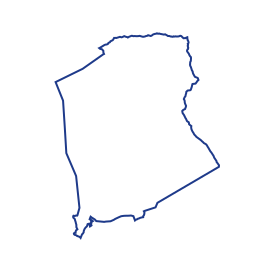 San Antonio Huitepec, Oaxaca, Mexico (Robinson projection), rotated 341°
{"feature_id": "50627088B88102129443376", "entity_name": "San Antonio Huitepec", "entity_type": "district", "adm_level": 2, "iso_a3": "MEX", "parent_name": "Mexico", "parent_adm1": "Oaxaca", "projection": "robinson", "projection_center": [-97.134, 16.922], "detail": "fine", "context": "isolated", "style": "outline", "palette": "blue", "viewbox_px": 256, "rotation_deg": 341, "n_neighbors": 0, "source": "geoboundaries", "source_scale": "gbopen_adm2", "svg_char_len": 4612}
<svg xmlns="http://www.w3.org/2000/svg" viewBox="0 0 256 256"><g transform="rotate(341 128 128)"><path d="M61.5,131.7L63.3,156.5L56.1,187.7L51.8,194.0L51.3,194.3L50.8,194.0L50.3,193.8L49.6,193.9L48.9,193.8L48.3,193.4L47.9,193.2L47.5,193.5L47.3,193.9L47.2,194.4L47.2,194.6L47.1,194.9L47.9,196.4L48.0,197.2L47.9,198.0L47.9,198.6L47.9,199.6L47.8,200.6L47.7,201.3L47.7,202.5L47.4,203.4L47.3,203.9L47.0,204.6L46.9,205.1L47.0,205.8L47.1,206.6L47.2,207.3L46.4,207.6L45.7,207.8L45.3,208.2L45.0,208.6L44.7,208.9L44.6,209.4L44.4,209.7L44.3,210.0L43.7,209.8L43.2,209.9L42.8,209.9L42.5,210.1L42.4,210.6L42.4,210.9L42.6,211.3L42.9,211.7L43.2,211.9L43.6,212.2L43.9,212.4L44.2,212.7L44.5,213.1L44.6,213.4L44.9,213.7L45.1,213.7L45.3,213.9L45.8,214.4L46.1,214.6L46.6,215.0L46.9,215.5L47.1,215.8L47.3,216.2L47.4,216.5L50.0,213.5L50.4,213.4L50.8,213.2L51.1,213.0L51.6,212.6L52.1,212.2L52.4,211.5L52.7,210.9L53.3,210.2L53.9,209.5L54.5,209.0L55.1,208.6L55.7,208.2L56.5,207.9L57.1,207.6L58.0,206.5L58.3,206.0L59.1,205.1L58.4,206.1L59.9,205.8L60.1,206.8L60.0,208.7L61.6,208.3L61.8,208.2L61.6,206.1L62.4,205.9L62.4,205.1L64.4,204.6L63.8,203.6L62.9,203.9L62.8,203.5L62.8,203.4L62.5,202.4L62.7,202.2L62.1,201.7L63.8,199.7L64.9,201.4L65.5,202.0L66.9,203.8L67.7,205.7L74.9,209.0L76.7,209.3L81.1,210.5L84.7,210.2L86.3,209.8L90.1,209.4L92.6,209.2L93.5,209.3L95.9,209.8L100.6,211.3L102.3,211.7L104.4,213.1L104.5,217.7L105.3,217.4L106.1,217.2L106.8,217.3L107.8,217.0L108.8,217.1L110.3,216.9L111.5,217.0L112.5,217.1L113.1,217.3L113.3,217.3L113.5,216.6L113.8,216.3L114.0,216.0L114.3,215.9L114.5,215.7L114.8,215.5L114.9,215.3L115.1,215.0L115.4,214.7L115.5,214.5L115.6,214.1L115.8,213.8L115.9,213.5L116.0,213.3L116.1,213.0L116.0,212.5L115.9,211.9L116.8,211.8L128.2,212.0L131.5,208.3L201.3,194.3L201.9,192.9L201.3,190.7L201.1,190.1L200.7,189.0L200.9,188.1L200.5,186.5L200.2,185.3L199.9,184.3L199.8,182.7L199.8,181.8L199.5,181.1L199.2,179.7L198.8,178.2L198.3,176.9L198.0,175.4L197.5,172.7L197.2,171.6L197.0,170.3L196.7,169.3L196.2,168.4L195.5,167.7L194.8,166.9L194.3,165.7L193.5,164.4L193.2,163.6L192.8,163.0L190.1,159.1L189.6,158.3L189.3,157.2L188.8,156.4L188.4,155.1L188.3,154.0L188.1,153.4L187.8,152.0L187.7,151.0L187.6,150.0L187.7,149.2L187.8,148.5L187.9,148.1L188.1,147.6L188.2,147.3L188.5,146.8L188.0,146.0L187.2,144.8L187.0,144.1L187.2,143.5L187.3,143.3L187.2,142.4L187.2,142.1L186.4,141.3L186.0,140.5L186.0,140.0L185.9,139.4L185.9,138.9L185.8,138.0L185.6,137.5L185.5,136.9L185.5,136.3L185.3,135.5L185.3,134.7L185.1,133.7L184.7,132.4L184.6,132.0L184.5,131.7L184.8,129.6L186.1,128.9L188.2,128.6L188.5,128.1L189.2,127.4L189.6,126.8L190.1,126.0L189.9,123.3L190.0,122.3L190.4,120.8L190.4,119.7L190.2,119.1L190.2,118.8L191.6,117.3L192.6,116.7L193.6,115.0L194.2,114.3L194.4,113.8L194.7,113.3L195.0,112.7L196.6,112.0L198.9,112.5L199.4,112.5L199.9,112.2L201.2,110.5L201.6,110.0L203.1,107.6L203.3,107.4L206.3,108.0L207.8,107.0L208.8,106.2L210.2,105.6L210.3,105.1L210.2,104.4L210.3,103.8L210.1,103.3L208.0,101.4L207.9,101.3L207.3,97.9L207.3,96.7L207.5,95.9L207.4,94.8L207.2,94.4L207.3,90.9L207.1,89.4L207.2,88.4L207.6,87.8L207.8,87.0L207.9,86.8L208.4,85.8L209.2,85.1L210.2,82.8L210.5,81.7L210.5,81.2L210.1,80.5L209.8,79.3L209.7,77.6L208.9,75.0L208.9,74.3L209.5,73.4L209.8,73.1L210.0,73.1L210.4,72.9L210.9,72.1L211.1,71.7L211.0,71.1L211.1,70.7L211.1,70.4L211.4,70.0L211.3,69.6L211.6,69.0L211.9,68.8L212.0,68.4L212.0,67.8L212.4,67.7L212.8,67.3L213.0,67.1L213.2,66.5L213.2,66.0L213.2,65.3L213.0,64.1L213.2,63.6L213.1,62.9L213.4,62.4L213.6,61.5L212.8,61.5L211.3,61.7L211.0,61.5L209.7,61.2L209.0,59.8L208.7,59.3L208.4,58.5L207.8,58.1L207.4,57.8L205.8,57.9L203.9,57.4L202.8,56.8L202.0,56.8L201.0,56.2L200.1,56.4L199.1,55.7L198.6,55.7L196.9,54.4L195.7,54.0L195.2,53.3L193.6,51.5L192.6,51.4L192.4,51.4L188.8,49.3L188.2,48.8L187.1,48.7L186.2,47.9L185.9,48.0L185.0,48.0L184.4,47.8L182.4,47.7L181.4,48.0L181.0,48.2L180.1,48.4L179.4,48.4L177.4,46.9L177.1,46.8L176.7,47.1L175.4,47.0L174.6,46.9L174.0,47.0L172.4,46.8L171.4,46.4L170.8,45.9L170.4,45.7L169.1,44.7L168.4,44.6L167.8,44.5L166.3,44.1L163.9,43.1L163.2,43.0L162.8,42.8L161.8,42.1L161.4,42.0L161.0,42.0L158.6,42.1L157.3,42.4L156.9,41.8L156.0,41.3L154.3,39.9L153.4,40.1L152.5,40.1L152.2,40.2L151.3,40.1L150.1,39.2L146.3,39.1L145.5,38.7L144.6,38.5L144.2,38.3L143.7,38.7L142.9,39.5L142.1,40.0L139.7,40.3L138.8,41.0L138.7,41.0L137.2,41.2L136.3,42.0L135.1,42.1L133.7,41.8L132.6,41.9L127.7,43.0L126.8,43.1L127.4,44.1L129.0,45.1L129.8,46.9L129.3,48.7L129.4,50.2L128.5,50.3L104.3,57.3L102.5,57.5L76.9,60.7L74.5,61.0L75.5,81.0L68.3,107.3L61.5,131.7L61.5,131.7Z" fill="none" stroke="#1e3a8a" stroke-width="2"/></g></svg>